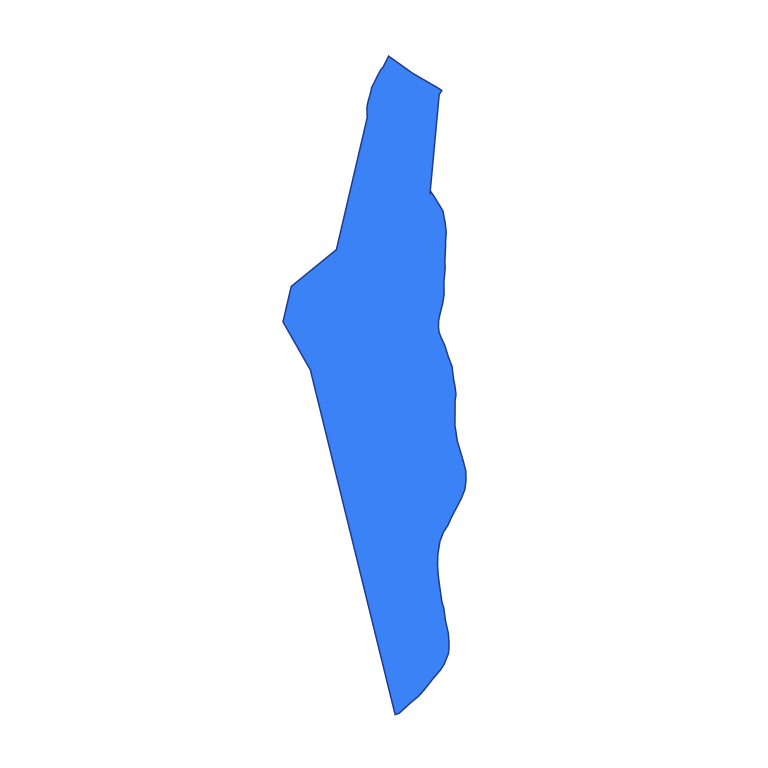 outline of New Village, Castries, Saint Lucia, rotated 100°
{"feature_id": "8701671B14881348545468", "entity_name": "New Village", "entity_type": "district", "adm_level": 2, "iso_a3": "LCA", "parent_name": "Saint Lucia", "parent_adm1": "Castries", "projection": "albers", "projection_center": [-60.985, 14.011], "detail": "fine", "context": "isolated", "style": "filled", "palette": "blue", "viewbox_px": 768, "rotation_deg": 100, "n_neighbors": 0, "source": "geoboundaries", "source_scale": "gbopen_adm2", "svg_char_len": 1180}
<svg xmlns="http://www.w3.org/2000/svg" viewBox="0 0 768 768"><g transform="rotate(100 384 384)"><path d="M707.7,315.6L705.6,311.9L692.2,301.5L685.3,295.6L677.7,291.0L666.3,284.9L655.6,278.6L649.3,276.0L638.1,273.7L632.8,274.1L626.3,275.3L618.5,277.3L606.5,282.3L594.6,286.1L588.1,289.3L570.3,295.1L561.8,297.7L552.5,299.9L542.7,301.4L529.2,301.6L519.5,299.7L512.0,296.5L503.6,294.4L493.4,291.2L483.7,288.1L473.9,286.0L464.8,286.5L455.6,288.3L446.4,292.4L439.4,295.9L427.2,302.0L418.4,304.9L412.8,306.9L399.1,309.2L388.7,311.0L381.8,311.3L373.6,313.8L367.7,316.1L354.8,320.1L346.2,325.3L335.3,330.9L327.9,336.1L323.3,338.8L318.7,340.2L312.0,341.2L305.0,341.0L294.2,340.2L285.2,340.4L278.7,341.6L272.7,342.8L266.7,343.2L258.5,344.0L252.5,345.4L245.2,346.3L236.8,347.4L233.6,348.0L223.5,349.1L221.6,349.7L214.7,351.7L210.6,353.3L203.2,356.1L198.3,360.4L196.2,362.3L190.6,367.2L186.6,371.1L189.2,371.7L89.4,379.9L84.9,378.1L83.4,381.4L73.1,409.6L60.3,436.4L72.0,439.9L75.0,441.7L81.5,443.9L89.5,446.2L94.6,447.7L98.3,447.7L109.5,448.8L114.9,448.8L124.6,446.8L259.9,454.2L304.0,492.3L340.3,494.3L382.9,459.0L707.7,315.6Z" fill="#3b82f6" stroke="#1e3a8a" stroke-width="1.5"/></g></svg>